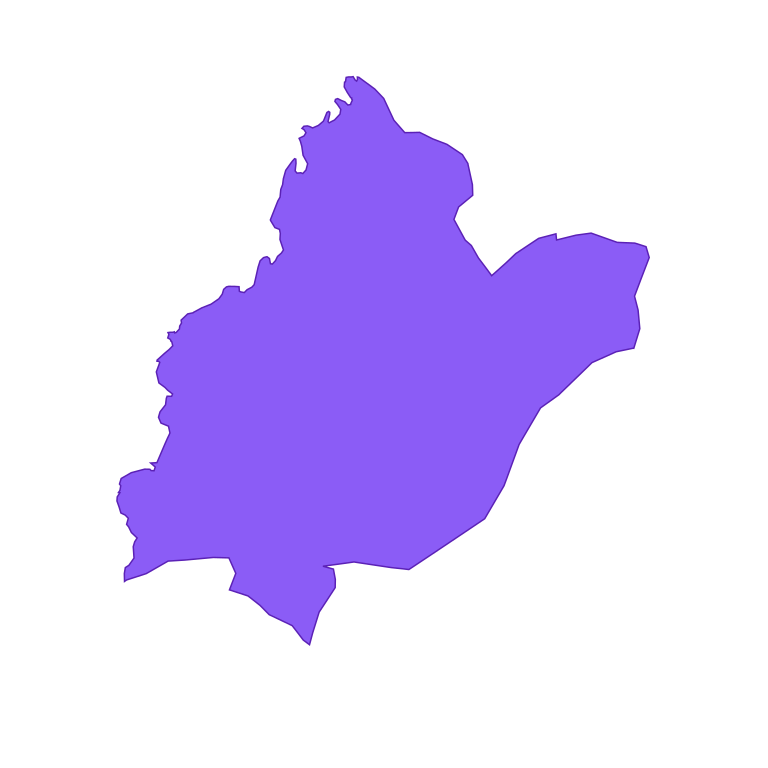 the district of Norwein, River Cess, Liberia, rotated 21°
{"feature_id": "62588387B87205642323712", "entity_name": "Norwein", "entity_type": "district", "adm_level": 2, "iso_a3": "LBR", "parent_name": "Liberia", "parent_adm1": "River Cess", "projection": "mercator", "projection_center": [-9.633, 5.839], "detail": "fine", "context": "isolated", "style": "filled", "palette": "violet", "viewbox_px": 768, "rotation_deg": 21, "n_neighbors": 0, "source": "geoboundaries", "source_scale": "gbopen_adm2", "svg_char_len": 3698}
<svg xmlns="http://www.w3.org/2000/svg" viewBox="0 0 768 768"><g transform="rotate(21 384 384)"><path d="M604.4,261.2L603.0,240.7L594.7,223.9L586.6,212.5L586.4,212.1L586.3,194.6L586.3,170.9L579.4,161.9L570.2,162.4L567.6,162.6L551.0,168.2L523.3,168.9L510.0,176.2L509.4,176.6L493.5,187.7L490.7,182.2L476.2,192.6L460.3,215.0L455.8,224.5L454.0,228.2L445.7,244.3L437.1,238.8L427.0,232.5L415.9,223.4L408.3,220.6L406.5,219.1L390.3,205.3L390.2,192.0L399.2,176.0L395.1,166.2L383.8,149.0L383.3,148.1L375.0,141.8L356.9,137.7L341.7,137.7L327.1,136.3L320.1,139.2L313.3,141.9L298.7,134.2L281.4,117.5L269.6,111.9L250.6,106.7L249.1,107.0L250.1,109.1L249.9,111.0L248.2,110.6L245.0,108.1L243.4,109.1L240.9,110.0L238.8,111.3L239.0,112.3L239.7,115.6L239.0,116.3L240.4,120.9L245.3,125.0L250.3,128.6L251.4,128.6L251.6,129.5L252.7,130.2L252.5,134.0L252.7,135.0L250.3,136.5L246.3,134.6L242.9,134.6L239.8,134.3L239.0,134.2L238.4,134.2L236.7,135.7L236.9,137.8L240.5,139.8L245.2,143.1L246.2,147.8L244.6,151.8L243.2,155.3L240.9,157.8L239.2,159.8L237.7,159.1L236.7,151.8L236.0,149.8L234.6,149.4L233.4,151.0L233.3,158.5L233.2,160.4L230.9,164.6L230.0,166.2L225.6,170.5L222.0,170.3L220.0,170.5L216.8,172.1L215.8,174.8L218.1,175.2L219.4,176.1L219.8,176.4L221.1,177.4L220.4,181.1L220.1,181.4L217.2,184.5L216.7,185.1L217.6,186.0L218.9,187.3L222.1,191.6L226.5,199.5L233.8,205.7L233.9,206.8L234.5,212.1L232.8,216.6L230.6,216.6L229.9,217.0L227.2,218.3L224.7,216.9L223.2,211.2L222.8,209.6L221.1,205.7L219.8,205.7L218.7,208.5L217.9,211.2L216.9,215.0L215.7,219.6L215.7,220.1L216.5,228.5L216.7,229.3L217.9,234.2L217.9,239.3L220.0,246.8L219.4,250.5L219.3,251.1L219.1,271.5L219.5,272.0L226.1,277.1L231.0,277.1L233.2,280.5L235.1,286.4L242.1,294.9L241.3,298.5L239.5,301.9L238.9,303.0L238.5,307.7L236.8,312.0L234.9,312.4L233.8,310.7L232.1,307.9L229.2,307.1L228.1,307.8L226.2,309.2L224.2,313.4L224.6,320.0L225.7,327.5L227.2,337.8L225.9,341.0L222.4,345.0L220.8,348.7L217.0,349.4L215.7,349.2L214.5,346.6L213.8,345.1L209.1,346.6L207.8,347.1L204.0,348.5L202.1,349.8L200.4,353.1L200.8,358.1L199.3,363.6L193.9,371.5L186.8,378.0L181.0,384.8L180.5,385.3L180.3,385.9L175.6,388.9L171.7,397.1L173.1,399.6L172.5,403.1L173.3,406.0L171.5,410.4L170.3,411.3L169.5,410.4L168.7,411.2L165.5,412.5L163.9,413.4L165.4,414.8L165.6,418.5L168.3,418.9L169.5,419.8L169.5,420.2L170.8,420.7L173.1,424.1L171.0,428.9L168.1,434.1L163.6,443.0L163.9,444.1L165.4,443.6L166.9,444.1L167.0,446.8L167.1,454.3L173.5,463.7L180.8,465.7L184.4,467.4L190.2,469.1L190.1,471.6L189.6,471.8L185.9,473.1L185.9,475.3L187.5,481.7L184.9,490.2L185.1,492.9L185.4,495.9L189.8,500.4L193.7,500.5L197.9,500.6L201.7,506.4L201.7,506.9L201.6,508.7L201.3,512.2L201.0,518.0L200.2,538.8L194.5,541.4L200.2,543.5L200.4,547.4L197.6,548.3L196.0,547.5L191.0,549.3L179.8,557.4L172.5,566.4L172.9,572.2L174.7,573.3L175.6,578.0L175.0,580.5L176.4,580.2L175.4,585.0L176.6,588.9L180.8,593.8L184.6,598.7L189.3,599.1L193.4,601.0L194.0,607.3L196.8,608.9L201.4,613.2L208.7,616.2L207.8,620.7L208.2,625.8L209.3,628.1L213.0,636.1L210.8,644.7L208.3,648.1L209.5,654.0L211.8,659.6L212.5,661.3L213.9,659.2L218.5,655.5L230.0,646.2L245.9,626.7L261.2,619.7L273.8,613.5L286.8,607.1L301.5,601.9L313.5,613.9L313.5,631.6L333.0,630.6L347.6,635.1L359.5,640.5L376.3,641.8L384.9,642.5L392.8,647.3L400.4,652.0L407.9,654.1L406.6,641.8L405.2,620.2L407.4,610.2L411.4,591.6L408.6,583.9L403.1,574.9L392.3,576.0L414.2,564.0L419.4,561.1L419.7,560.9L422.6,560.3L456.5,552.8L468.1,549.7L473.7,548.3L477.4,543.1L488.6,527.3L507.2,500.9L526.3,473.7L532.5,436.0L532.4,426.8L531.8,392.1L533.0,384.6L538.7,350.2L551.1,331.4L552.4,328.5L566.0,299.3L570.5,289.5L589.2,270.7L603.8,261.3L604.4,261.2Z" fill="#8b5cf6" stroke="#5b21b6" stroke-width="1.5"/></g></svg>